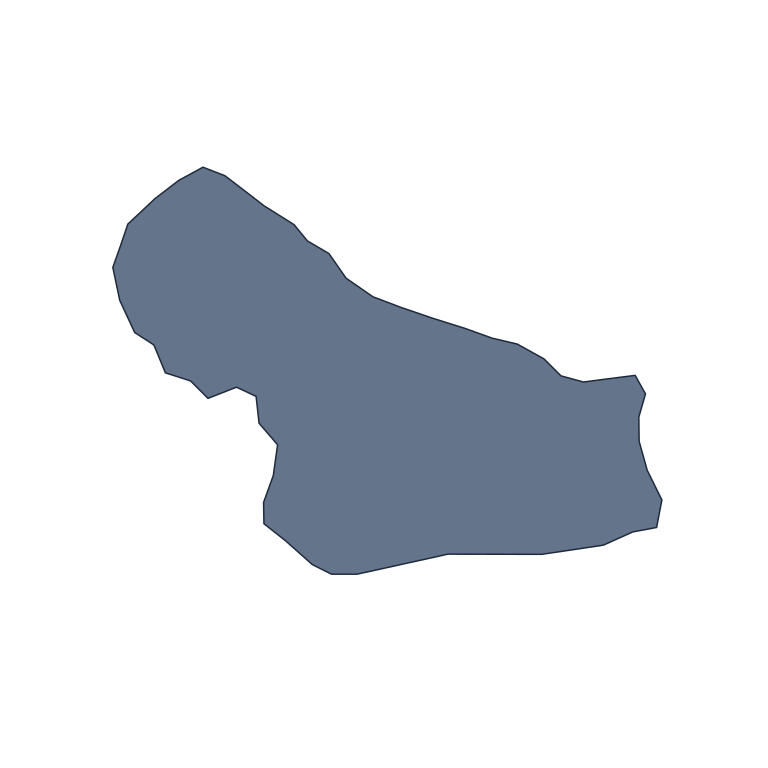 Toritama, Pernambuco, Brazil, rotated 225°
{"feature_id": "56859067B57847263515517", "entity_name": "Toritama", "entity_type": "district", "adm_level": 2, "iso_a3": "BRA", "parent_name": "Brazil", "parent_adm1": "Pernambuco", "projection": "equal_earth", "projection_center": [-36.051, -8.001], "detail": "fine", "context": "isolated", "style": "filled", "palette": "slate", "viewbox_px": 768, "rotation_deg": 225, "n_neighbors": 0, "source": "geoboundaries", "source_scale": "gbopen_adm2", "svg_char_len": 794}
<svg xmlns="http://www.w3.org/2000/svg" viewBox="0 0 768 768"><g transform="rotate(225 384 384)"><path d="M658.2,274.7L630.0,256.3L596.7,244.1L574.3,248.9L546.5,237.3L523.0,249.4L498.3,249.4L486.1,277.4L465.7,284.8L444.6,267.9L416.3,265.8L397.5,240.9L385.4,215.1L370.1,200.3L343.0,203.5L307.0,205.6L286.6,212.4L268.6,230.4L218.4,309.0L152.1,375.0L114.9,425.2L103.5,455.3L89.8,475.3L105.5,498.5L136.8,509.1L163.1,523.9L180.4,540.8L192.1,561.9L212.5,567.7L230.5,544.5L244.3,526.5L264.6,514.9L288.5,514.9L317.9,506.5L340.3,492.7L365.0,481.1L396.3,464.8L426.5,450.0L453.6,437.8L485.7,432.0L515.1,437.3L539.4,431.0L560.2,433.1L594.7,425.2L615.9,422.5L643.7,418.8L665.3,409.3L673.1,382.9L677.0,353.4L678.2,315.9L668.0,295.3L658.2,274.7Z" fill="#64748b" stroke="#1e293b" stroke-width="1.5"/></g></svg>